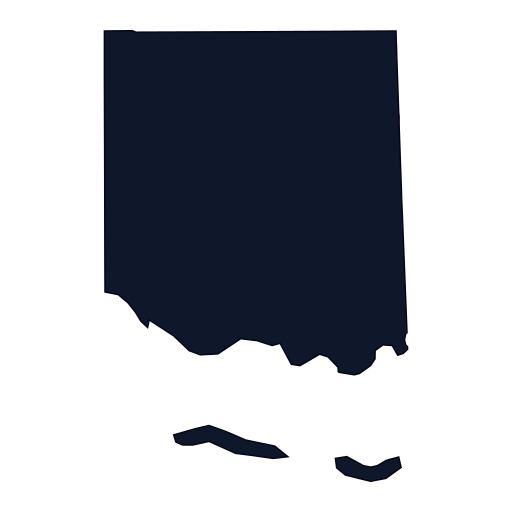 Jackson, Mississippi, United States of America (Equal Earth projection)
{"feature_id": "52423323B10934602069357", "entity_name": "Jackson", "entity_type": "district", "adm_level": 2, "iso_a3": "USA", "parent_name": "United States of America", "parent_adm1": "Mississippi", "projection": "equal_earth", "projection_center": [-88.578, 30.463], "detail": "fine", "context": "isolated", "style": "filled", "palette": "ink", "viewbox_px": 512, "rotation_deg": 0, "n_neighbors": 0, "source": "geoboundaries", "source_scale": "gbopen_adm2", "svg_char_len": 1261}
<svg xmlns="http://www.w3.org/2000/svg" viewBox="0 0 512 512"><path d="M104.4,31.0L104.4,79.0L104.7,174.8L104.9,262.9L105.0,292.0L118.2,294.6L128.0,302.8L135.5,312.3L140.8,321.1L147.6,327.5L149.2,319.9L173.9,336.0L187.9,349.4L189.2,350.7L200.4,354.8L217.9,353.9L240.7,338.7L256.8,340.6L257.0,340.6L272.1,345.5L280.1,343.3L291.3,364.3L300.1,365.6L319.6,354.2L328.1,356.9L338.1,367.4L338.2,371.5L339.0,372.3L354.3,374.8L359.4,373.5L370.6,365.5L375.0,358.9L375.1,350.6L382.9,344.9L392.2,345.5L397.7,355.2L403.2,353.4L407.6,349.3L407.5,346.7L405.7,344.8L404.5,339.9L405.6,334.1L407.0,332.7L402.4,216.1L401.6,197.8L401.4,189.3L401.3,187.9L400.9,175.7L400.0,151.1L399.1,124.0L399.1,116.6L398.7,112.2L397.8,86.1L396.7,55.1L396.6,49.7L396.1,35.3L396.1,34.2L396.0,31.0L312.4,31.5L242.5,31.8L135.8,32.2L132.5,30.7L104.4,31.0ZM173.7,434.9L175.9,442.1L182.8,445.0L192.6,445.0L209.0,441.4L235.7,453.4L237.9,453.6L252.7,455.5L273.1,458.4L287.9,456.7L274.7,446.1L245.5,440.0L238.2,436.8L225.3,431.3L209.0,425.5L195.4,428.7L173.7,434.9ZM335.4,458.4L336.7,467.9L345.5,475.1L370.7,481.3L374.0,480.6L385.8,478.4L401.1,467.4L398.7,457.0L386.4,460.3L377.3,465.7L373.6,466.5L371.0,467.1L363.4,465.7L346.8,456.6L335.4,458.4Z" fill="#0f172a" stroke="#020617" stroke-width="1.5"/></svg>